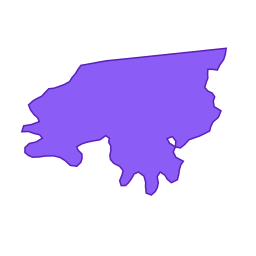 Entre Rios, Santa Catarina, Brazil, rotated 264°
{"feature_id": "56859067B45764003386581", "entity_name": "Entre Rios", "entity_type": "district", "adm_level": 2, "iso_a3": "BRA", "parent_name": "Brazil", "parent_adm1": "Santa Catarina", "projection": "natural_earth1", "projection_center": [-52.594, -26.737], "detail": "fine", "context": "isolated", "style": "filled", "palette": "violet", "viewbox_px": 256, "rotation_deg": 264, "n_neighbors": 0, "source": "geoboundaries", "source_scale": "gbopen_adm2", "svg_char_len": 1589}
<svg xmlns="http://www.w3.org/2000/svg" viewBox="0 0 256 256"><g transform="rotate(264 128 128)"><path d="M161.4,31.5L155.9,33.1L151.1,36.0L147.8,39.1L143.6,40.5L141.5,32.2L141.1,24.5L135.4,22.0L134.9,28.7L132.5,33.8L130.5,39.4L126.9,41.8L123.7,35.1L122.9,28.2L119.3,23.5L114.4,22.9L111.1,26.1L109.0,29.9L108.5,36.3L108.8,42.8L108.1,51.0L105.9,57.2L102.2,62.0L96.9,66.6L95.3,73.1L98.8,77.5L102.5,79.1L107.1,79.4L111.1,76.1L114.6,75.0L117.1,80.5L118.1,85.4L118.7,90.8L119.2,98.9L122.7,105.0L119.8,108.4L116.0,107.3L112.1,108.9L107.3,108.6L102.8,107.1L98.4,107.3L94.3,110.2L90.9,115.6L86.2,118.7L82.0,117.2L76.5,114.2L71.4,115.2L71.0,119.6L73.8,123.1L77.6,126.4L81.6,129.2L83.1,133.8L78.4,138.9L72.0,139.9L68.1,139.3L61.4,139.3L58.9,144.2L62.0,148.5L65.8,151.0L70.4,152.4L76.5,151.9L80.9,155.4L77.2,159.8L72.9,161.7L69.1,165.4L71.4,171.7L76.5,173.6L81.0,174.7L85.9,176.7L89.2,179.6L93.8,172.6L99.4,170.5L104.2,173.1L102.7,178.0L105.5,182.4L110.0,187.5L111.5,193.8L112.5,198.2L114.6,204.0L116.5,208.9L120.6,210.4L125.1,213.1L129.1,218.9L135.4,222.3L140.2,215.9L145.8,215.6L149.9,217.5L153.9,215.4L156.5,211.2L160.3,208.6L165.5,210.7L169.2,212.6L173.1,212.8L178.0,213.5L177.5,218.4L176.3,222.9L181.0,225.8L186.1,230.3L191.2,232.5L197.0,234.0L197.0,181.7L197.0,158.2L197.0,146.8L197.0,139.8L197.1,113.1L195.2,87.7L191.2,84.1L187.4,81.3L184.1,77.7L180.2,74.7L177.9,69.1L176.3,62.9L175.3,58.4L175.3,53.3L171.9,49.2L168.7,45.6L167.2,41.5L165.1,36.6L161.4,31.5ZM104.2,173.1L108.6,167.7L113.4,165.7L114.8,171.4L109.8,174.2L104.2,173.1Z" fill="#8b5cf6" stroke="#5b21b6" stroke-width="1.5"/></g></svg>